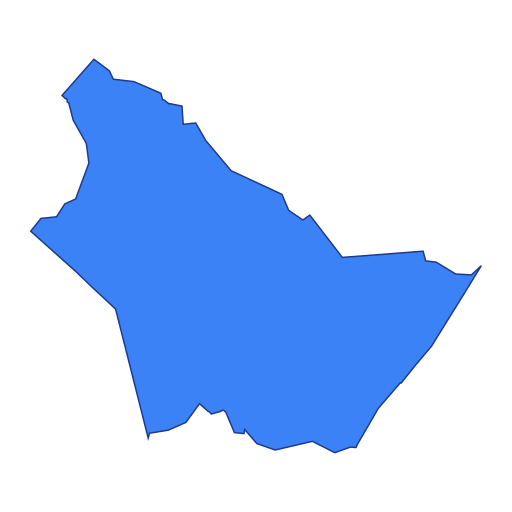 outline of Burke, North Carolina, United States of America
{"feature_id": "52423323B91095890674954", "entity_name": "Burke", "entity_type": "district", "adm_level": 2, "iso_a3": "USA", "parent_name": "United States of America", "parent_adm1": "North Carolina", "projection": "orthographic", "projection_center": [-81.741, 35.779], "detail": "fine", "context": "isolated", "style": "filled", "palette": "blue", "viewbox_px": 512, "rotation_deg": 0, "n_neighbors": 0, "source": "geoboundaries", "source_scale": "gbopen_adm2", "svg_char_len": 1230}
<svg xmlns="http://www.w3.org/2000/svg" viewBox="0 0 512 512"><path d="M481.3,265.7L471.4,274.9L455.7,274.0L436.0,262.1L425.7,260.9L423.1,251.2L342.3,257.4L309.8,215.1L302.9,220.0L288.7,210.4L282.0,194.4L231.1,170.7L205.9,140.7L195.7,123.0L183.2,124.3L182.0,106.1L171.1,103.9L170.4,103.7L169.9,103.6L169.5,103.7L169.3,104.0L165.5,101.1L164.9,100.6L164.6,100.2L163.8,99.9L162.9,99.7L162.5,99.4L160.8,93.2L133.8,81.6L113.3,79.2L109.8,71.7L109.6,71.3L109.6,71.0L93.9,59.3L64.9,92.2L64.6,92.5L62.0,95.4L65.4,98.7L66.2,98.5L66.7,98.8L67.1,99.9L67.2,101.6L67.4,102.0L69.1,103.5L69.2,103.9L69.1,104.9L69.4,105.3L73.2,120.2L86.3,143.4L88.9,163.1L75.6,199.0L64.9,203.8L56.5,216.8L41.0,218.4L30.7,231.2L54.2,252.2L75.8,271.5L91.4,286.5L115.6,309.1L148.2,438.1L149.6,433.2L168.1,430.2L185.9,422.4L199.5,403.7L208.3,411.5L209.9,412.1L210.2,412.8L210.8,413.4L211.2,414.0L220.3,411.5L221.3,411.1L222.5,410.2L222.9,410.1L223.7,410.4L225.0,411.5L225.6,411.7L234.4,432.6L244.0,433.6L244.7,429.5L256.9,443.6L275.2,450.0L312.4,441.3L334.8,452.7L350.4,447.1L356.0,447.5L356.6,446.2L357.6,444.0L378.2,408.5L400.3,382.8L401.1,383.1L415.1,365.6L431.6,346.1L436.2,338.6L462.8,295.8L481.3,265.7Z" fill="#3b82f6" stroke="#1e3a8a" stroke-width="1.5"/></svg>